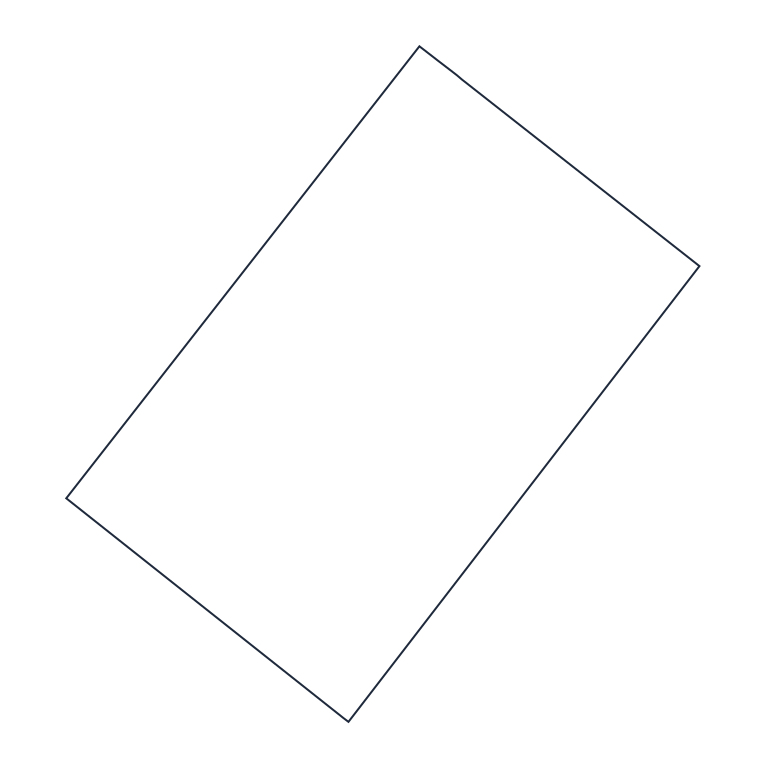 Oldham, Texas, United States of America (Natural Earth projection), rotated 128°
{"feature_id": "52423323B29026545860806", "entity_name": "Oldham", "entity_type": "district", "adm_level": 2, "iso_a3": "USA", "parent_name": "United States of America", "parent_adm1": "Texas", "projection": "natural_earth1", "projection_center": [-102.75, 35.405], "detail": "fine", "context": "isolated", "style": "outline", "palette": "slate", "viewbox_px": 768, "rotation_deg": 128, "n_neighbors": 0, "source": "geoboundaries", "source_scale": "gbopen_adm2", "svg_char_len": 268}
<svg xmlns="http://www.w3.org/2000/svg" viewBox="0 0 768 768"><g transform="rotate(128 384 384)"><path d="M96.9,208.0L96.1,509.8L95.8,517.0L96.0,540.8L96.1,564.0L669.7,564.0L672.2,210.0L672.1,204.0L96.9,208.0Z" fill="none" stroke="#1e293b" stroke-width="2"/></g></svg>